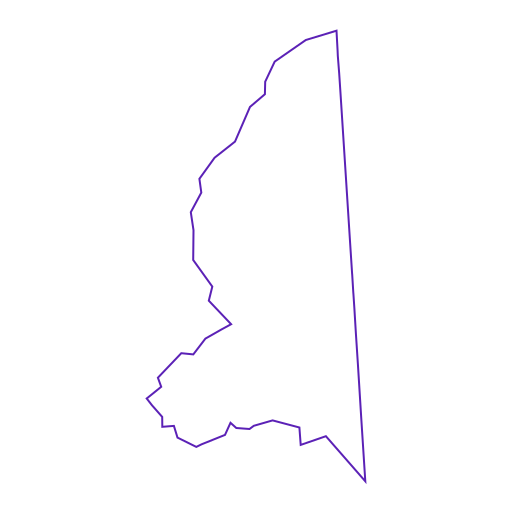 Caroline, Maryland, United States of America
{"feature_id": "52423323B10584672826222", "entity_name": "Caroline", "entity_type": "district", "adm_level": 2, "iso_a3": "USA", "parent_name": "United States of America", "parent_adm1": "Maryland", "projection": "natural_earth1", "projection_center": [-75.855, 38.889], "detail": "fine", "context": "isolated", "style": "outline", "palette": "violet", "viewbox_px": 512, "rotation_deg": 0, "n_neighbors": 0, "source": "geoboundaries", "source_scale": "gbopen_adm2", "svg_char_len": 790}
<svg xmlns="http://www.w3.org/2000/svg" viewBox="0 0 512 512"><path d="M193.5,230.2L193.2,260.0L212.3,286.6L208.8,300.7L231.1,324.2L221.4,329.5L205.4,338.6L193.3,354.4L181.3,353.2L157.9,377.7L161.2,386.8L146.7,398.5L152.0,405.3L162.2,416.9L162.3,426.8L173.9,425.9L177.5,437.6L196.3,446.9L201.6,444.3L225.0,434.9L230.5,422.8L236.3,428.0L249.5,429.0L253.8,425.8L272.6,420.4L299.4,427.5L300.7,444.9L325.9,436.2L365.3,481.3L361.3,419.0L358.0,365.8L355.9,333.6L354.8,315.5L354.4,308.7L354.2,305.7L353.4,293.7L353.3,292.7L352.2,274.6L352.1,273.6L350.6,250.5L340.4,91.7L339.2,73.6L337.8,55.7L337.6,50.9L336.5,30.7L305.8,40.0L274.7,61.6L265.2,81.7L264.9,94.2L250.0,106.9L235.0,141.6L214.6,157.7L199.4,178.8L201.3,192.6L190.8,212.2L193.5,230.2Z" fill="none" stroke="#5b21b6" stroke-width="2"/></svg>